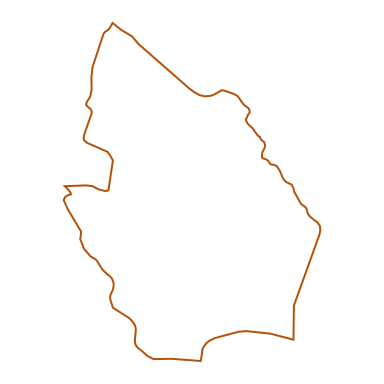 map outline of Maysan (Robinson projection)
{"feature_id": "IRQ-3226", "entity_name": "Maysan", "entity_type": "Province", "adm_level": 1, "iso_a3": "IRQ", "parent_name": "Iraq", "parent_adm1": "", "projection": "robinson", "projection_center": [47.004, 31.976], "detail": "fine", "context": "isolated", "style": "outline", "palette": "amber", "viewbox_px": 384, "rotation_deg": 0, "n_neighbors": 0, "source": "natural_earth", "source_scale": "10m", "svg_char_len": 1934}
<svg xmlns="http://www.w3.org/2000/svg" viewBox="0 0 384 384"><path d="M112.6,23.0L113.2,23.4L120.9,29.7L131.9,36.3L138.8,44.3L189.3,88.5L194.7,92.5L199.8,95.2L205.1,96.4L211.0,95.7L214.0,94.6L221.7,90.3L224.0,90.5L233.5,93.8L237.1,95.7L239.3,98.2L241.1,101.2L244.0,104.9L248.5,108.3L249.4,109.8L249.7,112.1L249.1,113.4L248.1,114.5L246.6,118.2L246.0,119.0L245.9,120.0L247.1,122.7L247.8,123.8L252.9,128.6L253.6,129.7L254.3,130.8L257.3,135.0L258.3,136.1L260.0,136.9L260.9,139.5L264.1,142.0L265.0,144.6L264.8,147.3L263.9,149.3L262.9,151.0L262.2,153.2L261.9,156.0L262.0,157.6L263.2,158.5L265.8,159.2L268.0,160.6L269.3,162.7L270.8,164.4L273.4,164.7L276.6,166.0L277.0,166.6L279.5,170.2L283.3,178.9L285.9,181.9L291.8,184.8L293.5,188.3L294.3,191.9L300.3,202.7L301.4,204.3L304.5,206.4L305.8,207.6L306.7,209.4L307.6,212.9L308.2,214.4L310.9,217.4L317.5,222.5L319.9,226.0L320.3,230.3L319.4,234.8L293.9,305.5L293.5,339.7L270.1,333.6L246.0,331.1L238.4,331.8L215.1,338.0L209.2,340.8L205.8,343.7L202.6,348.7L200.8,361.0L171.2,358.8L153.5,359.1L146.9,355.6L144.6,353.3L137.3,347.3L136.1,345.8L135.5,344.3L135.1,342.7L134.9,340.8L135.0,338.7L135.7,331.6L135.8,329.4L135.6,327.6L135.1,325.8L134.1,323.8L131.9,320.8L130.0,318.9L128.0,317.3L113.0,307.8L110.3,299.6L110.2,297.7L110.4,295.1L112.1,291.5L113.1,289.0L113.7,285.0L113.3,281.9L112.0,278.7L110.2,276.6L104.8,272.0L102.1,269.1L96.8,260.6L95.8,259.5L90.6,256.4L84.0,248.9L80.2,238.8L80.8,236.1L81.0,231.4L68.0,209.6L63.7,200.1L65.3,196.8L68.1,195.1L70.9,194.4L70.6,192.7L68.5,189.9L64.8,186.2L85.8,185.4L92.5,186.2L98.5,189.3L104.8,191.0L108.4,190.5L112.9,160.5L110.9,156.8L107.6,151.9L87.2,142.9L84.1,140.4L83.6,137.4L84.5,133.8L91.6,113.4L91.8,111.7L91.2,110.1L90.4,108.9L87.7,106.6L86.2,105.1L86.4,103.3L87.4,101.0L89.8,97.3L90.3,96.1L90.8,93.2L91.4,91.2L91.6,89.0L91.4,76.9L92.5,67.3L103.4,34.1L104.7,32.2L108.4,29.6L110.0,27.6L112.6,23.0Z" fill="none" stroke="#b45309" stroke-width="2"/></svg>